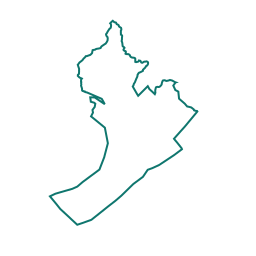 Santa Cruz Xitla, Oaxaca, Mexico, rotated 9°
{"feature_id": "50627088B78540984187626", "entity_name": "Santa Cruz Xitla", "entity_type": "district", "adm_level": 2, "iso_a3": "MEX", "parent_name": "Mexico", "parent_adm1": "Oaxaca", "projection": "albers", "projection_center": [-96.682, 16.337], "detail": "fine", "context": "isolated", "style": "outline", "palette": "teal", "viewbox_px": 256, "rotation_deg": 9, "n_neighbors": 0, "source": "geoboundaries", "source_scale": "gbopen_adm2", "svg_char_len": 3954}
<svg xmlns="http://www.w3.org/2000/svg" viewBox="0 0 256 256"><g transform="rotate(9 128 128)"><path d="M161.9,74.0L160.9,74.6L160.5,74.8L159.5,75.2L159.4,75.2L158.7,75.5L157.8,75.4L157.6,75.3L156.8,75.1L156.0,75.3L155.2,75.5L154.9,75.9L154.6,77.1L154.5,77.8L154.4,78.6L154.4,79.8L154.0,80.7L153.5,81.4L153.1,82.0L152.4,82.5L152.1,82.7L151.4,82.8L150.9,82.7L150.1,82.9L149.4,83.3L149.2,83.7L149.0,86.1L149.1,86.9L149.1,87.4L149.2,87.6L149.5,88.7L149.4,89.7L149.2,90.4L145.9,88.1L144.8,87.4L142.9,86.1L141.5,84.2L141.0,83.6L138.9,86.5L133.0,94.6L131.6,93.0L126.7,86.9L126.2,86.2L126.4,85.8L126.7,85.2L126.8,84.3L126.9,83.4L127.4,82.4L127.7,81.6L127.9,80.8L128.0,80.1L128.1,79.8L128.2,79.4L128.3,79.0L128.5,78.0L128.8,77.1L129.1,76.0L129.2,75.2L129.1,74.1L129.4,73.3L129.7,72.5L130.2,71.7L131.6,70.9L132.8,70.0L133.8,69.2L133.7,68.1L133.9,67.8L134.2,67.5L134.8,66.6L135.4,65.9L135.8,65.1L136.0,64.2L136.4,64.0L136.5,63.9L137.0,63.4L137.2,62.8L137.6,62.4L137.7,61.7L137.7,60.7L137.5,60.0L136.8,59.5L135.8,59.3L134.9,59.7L134.3,59.8L133.8,59.9L133.2,60.2L132.4,61.0L131.8,61.4L131.7,61.4L130.9,61.2L130.6,60.9L130.2,60.3L129.7,59.7L129.0,59.7L128.3,59.6L128.2,60.1L128.0,60.6L127.6,60.9L126.9,61.2L126.2,61.5L125.6,61.7L124.8,61.5L124.8,60.8L124.7,60.5L124.6,60.1L124.5,59.4L124.4,58.7L124.3,58.3L123.9,57.9L123.7,57.9L123.2,57.7L122.8,57.7L122.2,57.7L121.6,57.7L121.1,57.8L120.6,57.7L120.0,57.5L119.5,57.3L119.1,56.9L118.8,56.5L118.6,56.0L117.9,55.4L117.4,55.2L116.9,55.0L116.2,55.1L115.2,55.2L114.6,55.3L113.9,55.0L114.0,54.4L114.0,53.8L114.0,53.1L113.7,52.6L113.1,52.4L112.6,52.4L111.6,51.9L111.3,51.5L111.3,51.1L111.5,50.6L111.6,50.1L112.0,49.4L111.4,48.8L110.8,48.5L110.0,48.1L109.7,47.3L109.4,46.1L109.3,45.8L109.1,45.0L108.9,44.6L108.7,44.0L108.2,43.4L108.1,42.4L108.2,41.8L108.1,41.1L108.0,40.3L107.9,39.6L107.9,38.7L107.7,37.6L107.2,37.2L106.4,36.9L106.4,36.5L106.2,35.8L106.0,34.8L105.9,34.1L105.8,33.5L105.7,32.9L106.0,32.3L106.0,31.6L105.8,30.9L105.5,30.2L104.9,29.9L104.1,29.6L103.2,29.1L103.0,28.7L102.8,28.1L102.3,27.7L101.5,27.4L100.6,27.2L100.2,26.6L99.7,25.8L99.2,25.7L98.2,25.7L97.7,25.5L97.1,25.1L96.2,24.5L95.1,25.8L94.5,26.7L94.0,27.4L94.8,28.1L95.1,28.8L95.3,29.8L95.3,30.7L95.3,31.3L95.0,32.2L94.2,32.9L92.9,35.8L92.6,36.6L92.4,37.4L91.7,38.6L91.7,39.2L92.3,40.3L92.8,40.9L93.6,41.5L94.0,42.9L94.1,44.8L93.5,46.6L92.9,47.8L92.7,48.2L91.7,49.0L91.0,49.7L89.7,50.9L88.9,51.8L88.4,53.3L88.0,53.5L87.1,53.9L86.3,54.2L85.3,54.5L84.2,54.9L83.2,55.8L82.5,56.0L82.0,56.2L80.9,56.6L80.8,58.3L80.8,59.6L80.1,60.7L79.3,61.7L77.6,62.6L77.4,62.7L76.4,63.3L75.7,63.5L75.1,63.7L75.1,63.8L74.3,65.1L73.2,66.5L72.6,67.8L72.0,68.6L70.8,69.9L69.8,70.9L69.3,72.0L68.9,72.8L68.5,73.4L69.4,75.2L70.2,76.7L70.4,77.1L70.5,77.5L70.7,79.2L70.8,79.5L71.1,82.2L70.2,83.4L70.3,84.4L70.6,84.6L71.9,85.5L72.4,85.8L74.7,86.4L74.1,87.6L74.4,89.8L74.7,90.0L74.7,91.1L75.1,92.4L75.0,93.5L75.7,94.8L76.4,96.2L76.8,98.1L77.3,98.5L78.0,98.5L78.6,98.6L79.5,98.7L79.5,99.0L80.7,99.2L80.9,99.3L81.7,99.3L81.9,99.3L97.5,103.3L99.0,105.1L101.3,108.1L90.3,103.0L87.3,103.4L85.9,103.6L87.2,107.9L90.6,108.3L91.9,109.1L91.8,112.5L91.1,113.8L90.1,115.7L91.0,118.3L89.7,122.3L105.1,131.3L107.6,138.2L110.5,146.2L109.2,159.2L109.1,160.5L106.3,173.5L91.7,188.4L87.1,193.8L82.5,196.8L72.0,201.7L66.5,204.3L61.6,207.7L69.1,214.3L73.8,218.6L84.0,225.4L86.0,226.8L93.0,231.5L98.0,228.9L106.2,224.4L113.6,216.3L120.8,208.4L127.0,201.8L132.1,195.8L142.0,182.5L150.4,173.9L154.0,166.2L158.2,163.9L164.5,159.7L177.6,147.7L184.6,140.5L184.1,139.6L178.7,134.6L176.6,132.8L175.5,131.8L175.1,131.4L180.6,122.8L183.8,117.9L194.0,100.7L194.4,100.2L194.2,100.3L193.7,100.5L191.8,100.4L190.7,100.3L190.5,100.2L190.4,99.9L190.2,99.6L190.1,99.4L187.3,97.8L184.3,97.5L183.1,97.5L181.9,96.5L181.2,95.9L180.3,95.1L173.9,91.1L173.8,90.9L172.0,84.2L171.7,84.1L169.8,83.4L168.9,83.2L166.1,79.0L167.8,75.6L168.0,75.5L167.4,75.4L164.2,74.2L161.9,74.0Z" fill="none" stroke="#0f766e" stroke-width="2"/></g></svg>